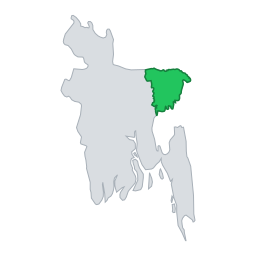 Sylhet highlighted on a map of Bangladesh
{"feature_id": "BGD-2488", "entity_name": "Sylhet", "entity_type": "Division", "adm_level": 1, "iso_a3": "BGD", "parent_name": "Bangladesh", "parent_adm1": "", "projection": "equal_earth", "projection_center": [91.663, 24.595], "detail": "fine", "context": "in_parent", "style": "filled", "palette": "green", "viewbox_px": 256, "rotation_deg": 0, "n_neighbors": 0, "source": "natural_earth", "source_scale": "10m", "svg_char_len": 6528}
<svg xmlns="http://www.w3.org/2000/svg" viewBox="0 0 256 256"><path d="M90.2,189.4L90.2,182.3L86.5,168.3L86.7,166.8L85.9,160.0L85.0,156.3L84.6,152.3L86.9,146.6L86.0,145.7L80.9,143.9L80.4,142.5L81.5,136.9L77.9,131.5L76.5,127.6L80.5,114.8L81.5,105.9L81.2,104.2L78.9,102.2L74.7,101.4L71.8,99.8L70.1,97.3L68.6,96.2L66.8,97.0L64.5,96.0L62.6,93.5L61.0,90.5L61.7,87.2L64.8,79.4L66.0,79.1L68.6,80.6L69.5,80.6L71.3,77.5L73.8,68.8L82.2,69.5L84.2,69.2L86.3,68.5L87.5,67.4L88.1,66.0L87.9,64.8L85.4,63.1L84.4,61.9L83.7,58.4L82.9,57.1L77.9,56.9L75.2,55.3L73.8,53.8L71.3,49.0L68.1,45.5L65.1,44.7L63.9,43.5L63.3,41.7L63.7,39.1L65.3,34.0L73.8,23.1L74.0,21.9L73.7,20.5L71.2,18.8L71.1,17.9L71.8,15.6L73.2,15.4L76.1,17.4L79.0,20.8L80.7,23.8L80.7,26.1L83.0,26.6L84.9,27.7L86.9,27.3L88.1,27.9L89.0,27.7L89.3,26.4L87.7,22.9L88.5,21.5L90.4,21.6L91.8,22.9L92.8,25.5L92.9,29.6L95.2,33.3L98.1,35.9L100.4,37.1L103.2,38.0L105.6,37.2L106.8,34.6L106.3,32.3L106.7,30.2L107.7,29.1L109.2,29.1L110.3,30.8L113.5,39.6L112.8,43.6L113.5,54.4L112.6,61.5L113.1,64.2L113.6,64.7L118.6,66.0L125.7,68.9L131.2,69.9L155.9,69.2L161.2,70.6L177.7,69.5L182.2,71.8L187.1,75.5L189.9,78.2L190.4,79.8L190.1,81.2L189.1,81.9L187.5,81.9L183.6,80.1L182.9,80.7L182.9,84.9L179.7,95.7L179.3,99.0L178.2,100.3L174.9,101.0L172.8,107.3L171.9,108.1L169.7,106.7L168.4,106.9L166.7,107.5L165.0,109.0L163.9,110.8L162.6,111.4L158.0,111.3L157.1,114.2L154.0,118.0L151.9,128.1L152.1,131.2L154.6,139.3L156.4,149.8L157.1,150.9L158.0,151.0L158.0,146.2L158.9,145.6L159.9,146.1L162.1,152.6L163.4,154.2L165.3,154.7L167.5,153.7L169.1,151.8L169.8,149.8L169.2,142.7L170.3,139.8L174.0,135.5L174.6,134.2L174.3,127.1L175.7,126.9L177.6,127.5L180.0,125.8L180.8,125.7L181.8,127.5L183.5,127.2L186.1,141.3L186.3,151.2L186.9,156.7L187.8,157.9L190.7,166.2L193.5,195.4L193.8,214.0L195.0,220.3L194.0,221.7L193.1,222.0L192.2,219.8L186.1,215.1L184.6,215.6L182.5,218.3L181.7,220.8L182.1,224.4L182.7,227.9L184.2,230.0L184.3,232.2L186.0,240.6L185.5,240.6L182.2,233.0L178.1,225.5L176.7,212.1L176.7,205.4L173.9,197.7L171.3,184.1L172.4,179.3L170.5,181.4L167.4,173.3L162.7,165.3L161.3,161.8L161.2,158.4L159.2,161.8L156.4,164.3L153.5,167.9L151.6,169.0L145.6,169.7L142.1,164.8L137.2,152.9L136.5,150.2L137.2,143.2L136.1,136.6L135.7,130.8L134.8,131.3L134.5,132.9L134.7,135.4L134.3,137.4L126.0,136.1L129.5,139.6L133.3,140.4L135.3,143.5L135.4,148.7L131.7,151.8L132.0,154.4L134.2,157.6L131.5,158.5L130.8,160.6L130.7,163.6L132.6,168.2L132.2,170.0L135.4,176.0L136.0,178.9L135.2,182.9L128.3,191.2L126.3,197.0L124.6,199.8L122.5,200.3L120.0,197.5L119.9,194.6L120.5,192.4L124.1,186.9L122.1,187.7L116.6,192.2L115.5,188.5L114.8,185.1L114.8,181.0L117.5,174.8L114.5,177.9L113.7,181.7L114.0,186.3L113.6,189.5L112.4,193.7L110.8,196.2L108.2,197.9L107.0,200.4L105.2,202.2L104.7,193.7L102.8,182.3L102.4,184.7L103.4,191.8L103.3,196.4L101.8,200.1L98.9,204.0L96.7,204.6L95.4,204.0L91.4,198.1L91.0,192.5L90.2,189.4ZM140.7,189.6L135.6,190.9L133.0,190.5L137.8,180.2L137.7,175.6L136.9,171.9L134.5,168.9L134.4,166.7L133.3,163.8L132.7,160.3L135.4,159.2L137.6,161.2L138.4,165.1L139.5,168.0L143.3,174.1L143.3,177.8L142.2,186.8L140.7,189.6ZM151.6,186.2L148.5,188.9L149.5,172.7L151.8,178.7L152.4,182.0L151.6,186.2ZM163.4,178.1L162.1,179.2L160.8,178.2L159.2,174.4L160.0,169.6L160.5,168.9L162.5,173.8L163.4,178.1ZM174.9,212.4L173.2,212.6L172.3,211.4L172.7,209.8L172.2,204.5L174.5,204.0L175.3,208.4L174.9,212.4ZM173.0,197.6L171.7,202.9L171.1,200.5L172.0,195.9L173.0,197.6ZM136.8,155.4L137.3,157.0L134.5,154.9L133.7,153.3L135.0,152.5L136.8,155.4Z" fill="#d9dde1" stroke="#a8b0b8" stroke-width="1"/><path d="M180.7,93.8L180.3,94.1L179.9,94.5L179.5,94.9L179.4,95.6L179.6,98.0L179.4,99.1L178.9,100.1L178.1,100.5L177.3,100.6L174.9,100.3L174.8,100.8L175.5,102.1L175.5,102.6L175.0,102.3L174.3,101.8L174.1,101.5L173.4,101.8L173.3,102.4L173.6,104.0L173.6,104.8L173.0,108.1L172.8,108.8L172.4,109.0L171.8,108.9L170.9,107.8L170.9,107.4L170.8,106.6L170.7,106.3L170.4,106.3L168.6,105.8L168.3,106.3L168.4,107.0L168.6,107.8L168.6,108.5L168.2,109.1L167.7,109.3L167.2,109.2L166.6,108.8L166.4,108.2L165.9,106.7L165.6,106.5L165.4,107.0L165.1,109.4L164.9,110.3L164.6,110.8L164.2,111.2L163.5,111.4L162.3,111.6L161.2,111.5L159.0,110.9L157.8,111.0L157.5,112.0L157.4,113.5L157.1,115.1L156.8,115.4L156.5,115.3L156.2,115.2L156.3,115.2L156.4,114.3L156.4,114.0L156.4,113.9L156.2,113.7L156.0,113.3L155.8,112.7L155.8,112.4L155.7,112.0L155.6,111.7L155.6,111.0L155.6,110.5L155.6,110.2L155.5,109.8L155.3,109.3L155.2,108.9L155.3,108.6L155.4,108.4L155.5,108.3L155.6,108.2L156.3,108.0L156.5,107.9L156.3,107.7L155.6,107.5L155.5,107.4L155.5,107.2L155.6,106.9L156.4,106.3L156.8,105.9L157.0,105.6L156.9,105.5L156.8,105.4L156.6,105.3L156.2,105.4L156.0,105.5L155.8,105.6L154.9,106.6L154.1,106.4L151.8,104.9L152.0,104.5L152.2,104.2L152.6,102.9L153.6,102.3L154.3,101.8L153.9,101.0L154.2,100.6L154.4,100.5L154.5,100.2L154.5,99.9L154.3,99.6L154.1,99.3L153.5,98.6L154.0,98.2L154.0,97.7L153.9,96.8L153.5,96.6L153.2,96.6L153.0,96.4L152.8,96.1L152.8,95.9L152.9,95.7L153.1,95.5L153.3,95.0L153.6,94.3L154.0,93.0L153.5,92.7L153.4,92.5L153.2,92.3L153.0,91.8L152.7,91.3L152.7,91.0L152.8,90.9L153.1,90.8L153.3,90.6L153.4,90.4L153.4,90.1L153.4,89.9L153.5,89.6L153.6,89.4L153.7,89.2L153.8,89.0L153.8,88.7L153.7,88.2L153.5,87.9L153.2,87.7L152.3,87.7L152.1,87.7L151.9,87.8L151.6,87.7L151.4,87.0L151.7,85.0L151.6,83.3L151.4,82.4L151.0,80.7L147.5,81.1L146.7,80.7L144.8,76.9L145.2,75.5L145.4,74.8L145.7,74.3L145.8,73.9L145.8,73.4L145.4,71.7L145.5,70.0L146.7,69.6L151.3,68.6L152.9,68.7L153.2,68.6L153.9,68.2L154.2,68.2L155.6,69.1L159.9,70.7L161.0,70.9L161.3,70.8L161.9,70.6L162.2,70.5L162.5,70.4L163.0,69.9L163.7,69.9L164.0,70.2L164.2,70.6L164.6,71.1L165.1,71.2L165.8,71.3L166.5,71.1L166.8,70.8L167.0,70.1L167.3,70.1L167.7,70.4L167.9,70.5L168.1,70.3L168.3,69.8L168.5,69.6L168.9,69.5L170.3,69.7L173.4,69.2L175.0,69.5L175.6,69.3L176.4,69.0L177.3,69.0L178.2,69.3L179.0,69.7L179.2,69.9L179.5,70.4L179.7,70.7L179.9,70.8L180.3,70.8L180.5,71.0L181.1,70.9L181.3,70.9L181.5,71.1L181.9,71.8L182.3,72.3L182.7,72.6L183.1,72.8L183.6,72.9L185.1,73.2L185.3,73.4L185.8,74.2L186.6,74.6L187.3,75.1L187.4,75.9L187.5,76.2L187.7,76.3L188.2,76.5L189.2,77.5L189.4,77.7L189.5,77.7L189.6,77.9L189.3,78.1L190.0,78.5L190.3,78.8L190.5,79.5L190.6,80.1L190.5,80.6L190.1,81.3L189.1,81.7L187.3,82.4L187.1,82.3L186.8,82.2L186.7,82.0L186.7,81.7L184.7,80.3L183.6,79.8L182.8,80.3L182.6,80.9L182.7,81.6L183.1,82.8L183.2,83.5L183.2,84.1L183.1,84.7L181.6,89.7L181.3,91.2L181.2,92.6L181.1,93.2L180.8,93.7L180.7,93.8Z" fill="#22c55e" stroke="#15803d" stroke-width="1.5"/></svg>